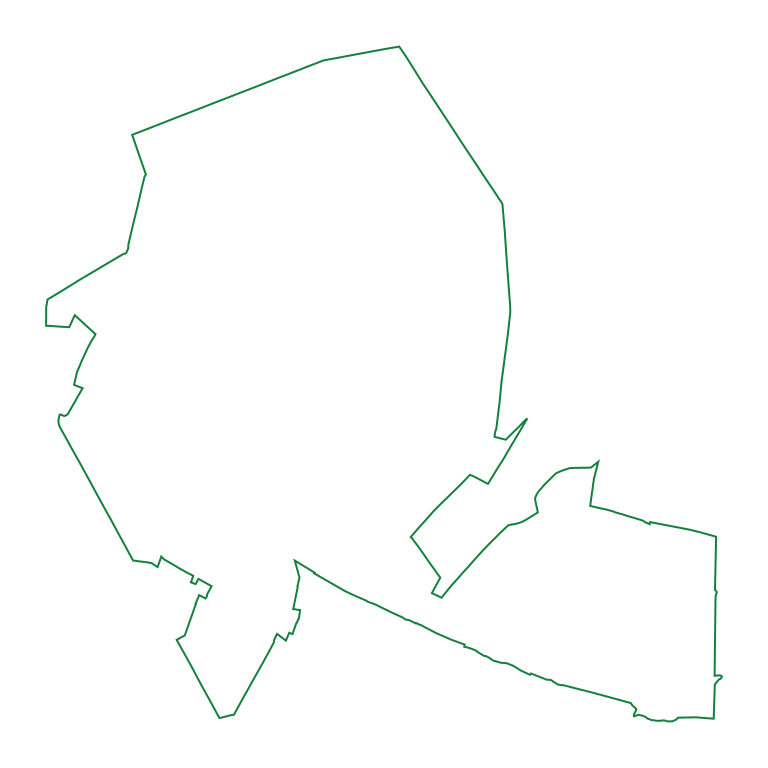 outline of Chimalhuacán, México, Mexico
{"feature_id": "50627088B23248681455683", "entity_name": "Chimalhuacán", "entity_type": "district", "adm_level": 2, "iso_a3": "MEX", "parent_name": "Mexico", "parent_adm1": "México", "projection": "orthographic", "projection_center": [-98.942, 19.418], "detail": "fine", "context": "isolated", "style": "outline", "palette": "green", "viewbox_px": 768, "rotation_deg": 0, "n_neighbors": 0, "source": "geoboundaries", "source_scale": "gbopen_adm2", "svg_char_len": 5671}
<svg xmlns="http://www.w3.org/2000/svg" viewBox="0 0 768 768"><path d="M510.3,312.3L510.1,304.7L509.8,301.4L509.2,293.4L506.9,262.7L505.4,240.9L504.7,230.2L503.5,217.0L503.4,215.1L503.2,213.2L502.9,209.7L502.4,203.8L493.5,190.4L482.0,173.2L480.3,170.6L478.3,167.5L469.5,154.3L468.4,152.6L466.6,150.0L464.6,146.9L460.4,140.6L457.3,135.8L445.4,117.6L433.9,100.1L422.4,82.8L414.4,69.9L406.3,57.0L399.2,46.6L386.9,48.7L369.9,51.8L354.3,54.7L343.7,56.7L323.6,60.4L310.8,65.3L298.1,70.3L278.9,77.7L266.2,82.7L253.4,87.7L240.7,92.6L227.9,97.6L215.1,102.5L202.4,107.5L189.6,112.5L176.8,117.4L164.1,122.4L151.3,127.4L132.2,134.8L139.0,154.7L145.9,174.5L144.6,176.4L141.4,189.5L137.3,207.5L136.4,211.0L133.5,222.6L128.4,244.5L128.2,248.4L126.1,253.3L123.2,254.1L105.5,264.5L92.4,272.3L80.2,279.5L59.2,292.5L47.6,299.4L46.2,307.1L46.1,325.9L47.0,325.9L50.4,325.9L57.9,326.5L69.3,327.2L72.2,320.7L72.8,319.3L74.8,315.2L95.5,334.2L94.2,336.7L93.7,337.4L92.8,338.6L89.4,344.8L87.7,347.9L86.0,351.6L82.9,358.3L81.6,361.2L80.3,364.4L78.6,368.4L77.1,371.7L75.7,377.7L74.1,384.9L82.6,388.2L80.9,391.2L79.8,393.1L78.5,395.3L77.5,397.1L72.8,405.4L67.8,414.1L66.4,415.3L64.3,416.0L60.1,414.4L59.6,414.9L59.3,416.1L59.0,417.5L58.8,418.5L58.4,420.2L58.5,422.5L58.9,424.4L59.2,425.3L60.1,427.7L61.1,429.3L66.6,439.1L71.0,447.2L74.5,453.4L76.3,456.7L79.1,461.6L82.2,467.3L90.0,481.5L95.2,491.2L98.5,497.2L103.8,506.8L104.4,508.0L110.0,517.9L118.2,533.2L126.2,547.8L128.0,551.2L129.2,553.4L129.6,554.1L133.1,560.5L134.0,560.6L138.8,561.3L145.4,562.1L147.3,562.3L148.7,562.6L151.7,563.2L157.6,567.1L161.3,556.6L164.4,559.6L168.1,561.7L173.0,564.5L178.5,567.9L187.5,572.9L193.2,575.8L191.5,580.9L190.8,582.3L195.7,584.1L198.4,579.0L199.0,579.2L211.6,586.2L206.9,594.7L207.0,596.1L205.6,598.5L199.1,595.1L198.2,597.6L195.7,603.5L196.0,603.6L184.8,635.4L179.7,638.2L176.7,639.9L190.9,665.4L192.7,668.8L198.3,679.4L202.0,686.3L206.1,693.6L213.0,706.2L216.7,713.1L217.5,714.7L219.4,718.0L220.1,717.9L221.7,717.6L228.5,715.8L231.7,715.0L233.9,714.8L245.6,693.4L248.1,689.1L251.7,682.6L263.9,660.9L265.2,658.4L267.2,654.9L271.6,646.7L274.2,641.7L273.9,640.4L277.0,633.9L282.0,637.6L284.4,639.5L285.9,640.6L288.2,635.2L289.3,632.7L290.1,633.1L292.5,634.1L294.0,629.7L295.5,625.4L296.1,623.6L296.5,623.3L298.4,619.0L298.8,618.9L298.9,618.7L299.3,615.5L299.6,613.6L300.1,610.1L296.3,609.6L295.3,609.3L293.2,609.1L293.5,607.7L294.0,605.3L297.7,587.1L297.4,586.4L299.5,577.6L294.8,560.6L314.4,572.5L314.7,572.7L314.2,573.4L344.0,590.5L344.5,590.9L354.4,595.5L364.8,600.0L365.6,600.3L367.9,601.8L375.2,604.4L381.8,607.7L384.9,609.2L387.1,610.2L390.2,611.8L393.4,613.3L395.7,614.4L396.5,614.7L399.2,615.9L402.3,617.3L405.9,619.7L408.5,619.9L415.7,623.4L416.0,622.9L418.7,624.3L421.4,625.3L425.2,627.4L436.2,633.1L452.0,640.0L458.1,642.2L464.7,644.6L464.3,646.8L467.0,647.3L472.2,649.0L475.3,650.3L480.3,653.7L481.2,654.1L482.1,654.7L483.1,655.4L484.5,655.9L486.5,656.3L489.7,658.1L492.6,660.2L494.2,661.0L495.7,661.2L500.6,662.7L506.4,663.2L507.7,663.5L508.9,664.1L510.9,664.9L512.0,665.2L513.5,666.0L516.8,668.0L520.7,670.5L521.1,670.7L525.5,672.7L529.9,674.8L531.0,673.5L546.8,679.7L550.8,679.9L552.5,681.0L553.6,682.0L556.0,683.2L557.8,684.5L559.5,684.8L561.7,685.3L562.5,685.0L579.7,689.4L585.5,690.8L588.0,691.5L591.0,692.2L609.3,697.2L630.9,703.1L632.3,705.3L635.6,708.3L636.3,709.0L636.1,709.9L636.0,710.5L634.6,713.1L634.1,714.2L633.8,714.8L633.9,715.4L634.1,716.3L636.7,715.4L638.1,714.9L638.9,714.8L639.5,715.0L640.5,715.3L642.3,715.6L645.6,717.0L647.7,718.7L649.9,719.3L651.7,720.3L653.4,720.1L655.8,720.7L657.8,720.8L659.9,720.8L662.7,720.4L665.5,720.6L667.6,721.4L669.4,721.4L672.4,721.3L676.3,719.6L677.9,717.7L695.5,717.3L713.7,718.7L714.8,684.7L715.9,683.1L717.8,680.7L719.2,679.3L721.0,678.5L721.9,676.7L721.3,675.8L720.3,675.5L718.8,675.4L714.6,675.7L715.5,598.6L715.7,595.8L715.9,594.8L716.5,593.3L716.7,592.2L716.6,591.5L715.6,590.5L715.0,589.7L716.1,536.7L699.1,532.0L689.2,529.6L678.9,527.6L650.1,522.1L649.7,524.2L647.1,523.0L646.1,522.6L644.8,522.0L643.3,520.8L642.2,520.4L631.7,517.2L631.1,517.1L621.9,514.2L618.9,513.4L614.9,512.2L614.0,511.7L605.2,509.2L601.6,508.6L590.2,505.9L591.5,496.2L591.8,493.8L592.8,487.2L593.5,481.5L593.7,480.6L593.8,479.3L598.3,461.8L590.9,467.6L580.8,467.8L575.1,467.9L574.1,467.9L571.7,468.0L569.4,468.2L567.0,469.0L562.5,470.5L558.4,472.2L555.7,473.5L549.3,479.9L544.4,484.7L537.9,492.3L536.4,495.0L535.1,498.0L535.1,499.4L536.4,505.8L536.7,507.1L537.3,509.8L537.8,512.4L532.8,515.6L529.7,517.5L525.5,520.1L521.8,522.0L518.2,523.2L515.0,524.0L514.5,524.1L510.7,524.7L508.2,525.3L503.6,529.7L501.0,532.1L496.5,536.6L494.9,538.3L492.5,540.6L489.9,543.2L482.9,550.4L479.2,554.5L473.5,560.8L470.4,564.4L469.3,565.7L468.5,566.6L462.8,572.7L458.8,577.3L457.9,578.4L452.3,584.5L450.8,586.3L448.5,589.1L441.5,597.7L431.9,593.1L440.3,577.6L436.2,572.2L435.6,571.1L429.3,562.5L426.3,558.1L423.5,554.0L421.8,551.6L420.0,548.9L412.9,539.5L411.2,537.2L410.2,537.7L412.4,535.1L414.7,532.5L417.1,529.7L417.6,529.1L418.8,527.7L425.3,520.5L425.9,519.8L428.7,516.8L429.7,515.6L433.6,511.1L441.2,503.5L447.8,497.1L451.8,493.2L452.9,492.1L459.0,486.2L462.7,482.4L463.6,481.5L466.4,478.6L470.0,474.8L474.8,476.9L487.5,483.7L488.0,483.8L492.5,476.6L497.0,469.1L503.6,458.8L503.9,458.3L508.2,450.8L511.6,444.9L512.6,443.3L519.9,431.1L521.6,428.1L527.4,418.4L525.2,420.2L518.9,426.7L515.1,430.4L510.2,435.3L506.0,439.5L505.7,439.7L494.7,436.9L494.5,436.6L495.3,431.1L495.5,430.8L495.8,430.4L496.0,429.9L496.5,427.2L499.6,401.9L501.6,381.0L504.0,363.3L504.9,356.2L505.2,354.3L508.2,331.4L508.6,327.6L508.9,324.8L510.3,312.3Z" fill="none" stroke="#15803d" stroke-width="2"/></svg>